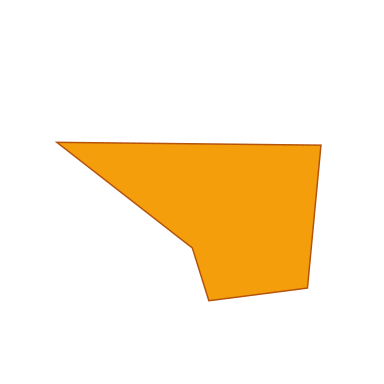 the border of Boe, rotated 113°
{"feature_id": "NRU-4971", "entity_name": "Boe", "entity_type": "state/province", "adm_level": 1, "iso_a3": "NRU", "parent_name": "Nauru", "parent_adm1": "", "projection": "albers", "projection_center": [166.917, -0.541], "detail": "fine", "context": "isolated", "style": "filled", "palette": "amber", "viewbox_px": 384, "rotation_deg": 113, "n_neighbors": 0, "source": "natural_earth", "source_scale": "10m", "svg_char_len": 240}
<svg xmlns="http://www.w3.org/2000/svg" viewBox="0 0 384 384"><g transform="rotate(113 192 192)"><path d="M199.1,335.8L98.5,91.6L235.3,48.2L285.5,134.0L243.4,169.8L199.1,335.8Z" fill="#f59e0b" stroke="#b45309" stroke-width="1.5"/></g></svg>